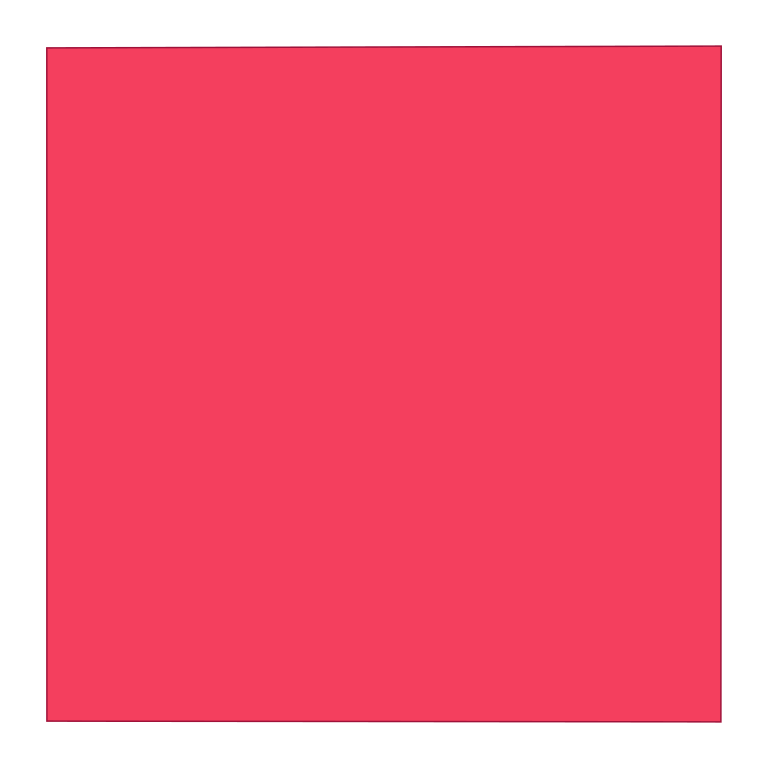 Ector, Texas, United States of America (Mercator projection)
{"feature_id": "52423323B50517740835867", "entity_name": "Ector", "entity_type": "district", "adm_level": 2, "iso_a3": "USA", "parent_name": "United States of America", "parent_adm1": "Texas", "projection": "mercator", "projection_center": [-102.506, 31.869], "detail": "fine", "context": "isolated", "style": "filled", "palette": "rose", "viewbox_px": 768, "rotation_deg": 0, "n_neighbors": 0, "source": "geoboundaries", "source_scale": "gbopen_adm2", "svg_char_len": 210}
<svg xmlns="http://www.w3.org/2000/svg" viewBox="0 0 768 768"><path d="M721.2,46.1L46.8,47.9L46.9,721.1L88.7,721.2L680.4,721.8L720.9,721.9L721.2,46.1Z" fill="#f43f5e" stroke="#9f1239" stroke-width="1.5"/></svg>